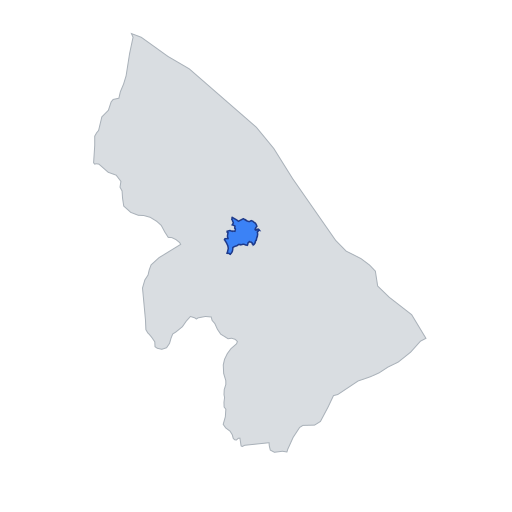 location of Doedain, River Cess, Liberia, rotated 193°
{"feature_id": "62588387B34334652858528", "entity_name": "Doedain", "entity_type": "district", "adm_level": 2, "iso_a3": "LBR", "parent_name": "Liberia", "parent_adm1": "River Cess", "projection": "orthographic", "projection_center": [-9.275, 6.287], "detail": "fine", "context": "in_parent", "style": "filled", "palette": "blue", "viewbox_px": 512, "rotation_deg": 193, "n_neighbors": 0, "source": "geoboundaries", "source_scale": "gbopen_adm2", "svg_char_len": 4740}
<svg xmlns="http://www.w3.org/2000/svg" viewBox="0 0 512 512"><g transform="rotate(193 256 256)"><path d="M71.9,214.0L76.6,210.0L83.7,197.1L93.5,184.7L102.6,177.3L109.8,169.8L117.5,164.0L128.4,157.2L145.2,139.4L149.1,137.4L151.8,125.0L156.0,109.3L160.9,104.4L172.2,101.5L174.9,98.8L179.0,87.7L181.6,74.8L181.8,72.0L186.3,71.7L193.9,68.9L198.4,70.1L200.3,73.9L201.3,77.0L224.5,69.0L226.5,67.3L227.8,67.6L230.7,74.9L232.3,74.4L233.7,72.3L235.3,72.1L237.1,73.1L238.9,76.5L241.9,79.5L246.9,81.7L250.1,84.6L249.7,92.4L250.9,99.9L253.1,101.7L254.3,106.2L254.8,111.1L256.0,113.7L256.9,118.7L256.5,124.1L257.4,127.8L261.1,134.3L263.4,142.5L263.4,148.3L262.0,154.4L259.6,160.0L255.2,166.1L254.9,168.5L257.5,170.1L261.3,170.4L264.6,169.1L272.8,171.9L277.1,175.9L280.9,180.9L284.3,183.4L285.9,186.5L291.7,185.7L298.5,182.7L299.9,181.2L301.9,182.0L306.3,182.3L309.3,176.9L311.8,170.6L317.0,163.9L319.6,161.3L320.3,157.0L320.6,151.4L322.5,146.5L326.8,143.9L331.5,143.9L334.0,144.9L335.3,149.6L339.1,153.1L342.3,155.6L344.0,156.6L346.7,159.4L349.3,168.8L359.4,199.3L358.9,207.7L356.9,213.2L356.9,218.5L356.2,223.8L350.1,232.6L332.0,250.4L333.4,251.9L337.7,254.0L342.1,255.0L345.7,254.4L350.3,258.9L355.2,264.5L360.4,267.4L367.8,269.9L374.4,270.2L379.9,269.2L387.8,270.3L396.1,274.9L399.1,282.5L401.1,289.2L404.0,292.5L404.4,298.3L410.4,303.3L418.8,304.3L429.8,310.2L432.6,309.9L433.8,309.2L435.2,310.3L438.0,327.4L440.1,336.5L439.0,340.2L437.6,343.0L437.5,356.9L432.6,364.8L431.8,373.6L430.4,376.4L425.1,378.9L425.1,385.6L423.7,393.7L423.1,402.3L424.7,424.8L425.0,441.5L427.4,444.7L417.0,443.3L386.6,430.6L363.1,423.3L284.6,381.5L262.8,364.7L237.7,339.6L181.9,289.1L169.2,281.0L153.2,277.1L143.3,272.7L136.3,268.1L130.7,254.1L116.8,245.7L91.1,233.8L71.9,214.0Z" fill="#d9dde1" stroke="#a8b0b8" stroke-width="1"/><path d="M276.7,289.5L278.5,288.0L280.0,286.7L280.9,285.9L282.7,286.7L283.9,287.1L287.9,288.3L288.0,288.0L287.9,287.5L287.8,287.3L287.8,286.3L287.8,286.2L287.6,286.1L287.1,285.6L286.5,284.5L286.3,284.3L285.8,283.7L285.7,283.5L285.6,283.4L285.5,283.1L286.0,281.5L286.2,281.0L285.2,280.9L284.1,280.7L283.2,280.4L283.1,279.4L283.1,279.1L283.0,278.3L282.9,278.3L282.8,278.2L282.3,278.0L282.1,277.5L282.1,276.7L282.1,275.7L282.1,275.3L284.3,275.1L284.5,275.0L284.6,274.7L285.5,274.8L287.0,274.9L287.1,275.0L287.7,274.7L289.7,273.6L289.4,272.6L288.5,272.4L288.5,271.5L288.4,270.3L288.3,268.9L287.4,267.1L287.2,266.7L290.1,265.9L290.4,264.7L290.2,264.6L289.6,264.2L289.3,263.7L288.9,263.3L287.9,262.4L287.7,262.1L285.8,259.7L285.7,259.5L284.7,257.2L284.7,256.5L284.7,254.3L284.7,254.2L284.7,253.8L284.9,252.2L284.1,252.2L283.7,252.3L283.2,252.5L282.3,252.3L282.0,252.1L281.9,252.0L281.5,251.4L281.5,251.2L281.4,251.9L281.3,252.3L281.0,252.8L280.7,253.2L280.5,253.9L280.4,254.0L280.3,254.4L280.1,255.3L280.1,256.4L280.2,257.4L280.2,257.7L280.2,257.8L280.4,258.4L280.4,258.6L280.5,259.1L280.1,259.4L279.6,260.0L279.0,260.4L278.5,260.8L278.4,260.9L277.8,261.2L277.2,261.5L276.7,261.9L276.4,262.3L275.9,262.9L275.3,263.3L275.0,263.4L274.7,263.4L274.8,263.5L274.4,263.6L273.3,263.7L272.5,263.8L271.9,264.2L271.6,264.4L271.2,264.6L270.9,264.6L270.3,264.7L269.8,264.6L269.7,264.6L269.3,264.6L268.8,264.4L268.4,264.4L267.8,264.5L267.5,264.5L267.1,264.4L266.9,264.4L266.8,264.6L266.7,264.9L266.7,265.3L266.7,265.9L266.8,266.6L266.8,266.9L266.6,267.1L266.3,267.3L266.1,267.8L265.8,268.5L265.5,268.4L265.4,268.5L265.2,268.4L264.9,268.4L264.3,268.3L264.1,268.3L263.9,268.3L263.7,268.4L263.4,268.1L263.0,267.9L262.8,267.7L262.6,267.8L262.5,267.7L262.5,267.4L262.1,266.9L261.8,266.9L261.9,266.7L261.6,266.6L261.3,266.7L261.1,266.8L260.9,266.7L260.9,266.4L260.7,266.6L260.5,266.8L260.1,267.8L260.0,268.2L259.9,268.3L259.8,268.6L259.9,268.8L259.8,269.0L260.0,269.2L259.9,270.0L259.8,270.7L259.7,270.7L259.6,270.8L259.3,271.3L259.3,271.7L259.4,271.9L259.3,272.1L259.3,272.5L259.4,272.9L259.3,273.6L259.4,274.0L259.4,274.4L259.3,274.7L259.2,274.7L259.1,274.8L259.1,275.0L259.2,275.4L259.1,275.6L259.2,276.2L259.2,276.4L259.3,276.6L259.2,277.0L259.3,277.6L259.4,277.8L259.5,278.3L259.7,278.7L259.8,278.9L259.8,279.1L260.0,279.3L260.1,279.6L259.9,280.2L259.9,280.3L259.7,280.5L259.4,280.7L259.4,280.8L259.5,281.2L259.2,281.5L258.7,281.7L258.5,281.8L258.4,281.8L259.0,282.3L259.7,282.7L260.1,282.7L260.6,282.3L261.0,281.8L261.6,282.0L261.8,281.2L262.4,281.2L262.9,281.8L262.8,282.0L262.7,283.0L262.7,283.4L261.8,285.2L262.2,285.7L262.5,286.2L262.9,286.7L263.4,287.3L264.4,288.1L264.7,288.1L264.8,288.1L265.9,288.6L266.3,288.8L266.8,289.1L267.0,289.2L268.2,289.3L268.6,289.4L269.2,288.9L270.1,288.1L270.5,288.0L271.8,288.0L272.9,288.2L273.4,288.5L274.0,288.8L274.0,288.5L274.6,288.7L276.6,289.5L276.7,289.5Z" fill="#3b82f6" stroke="#1e3a8a" stroke-width="1.5"/></g></svg>